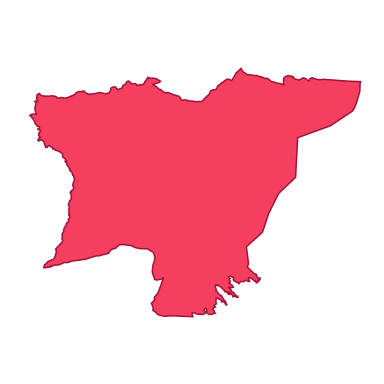 outline of Kwahu Afram Plains South, Eastern, Ghana, rotated 272°
{"feature_id": "2480657B87039075961323", "entity_name": "Kwahu Afram Plains South", "entity_type": "district", "adm_level": 2, "iso_a3": "GHA", "parent_name": "Ghana", "parent_adm1": "Eastern", "projection": "equal_earth", "projection_center": [-0.455, 6.878], "detail": "fine", "context": "isolated", "style": "filled", "palette": "rose", "viewbox_px": 384, "rotation_deg": 272, "n_neighbors": 0, "source": "geoboundaries", "source_scale": "gbopen_adm2", "svg_char_len": 5894}
<svg xmlns="http://www.w3.org/2000/svg" viewBox="0 0 384 384"><g transform="rotate(272 192 192)"><path d="M256.0,32.5L254.2,33.3L253.6,34.2L252.4,34.9L252.2,36.6L251.7,37.4L250.5,37.4L249.9,36.4L250.0,35.9L249.1,35.9L248.2,38.7L247.3,38.5L245.5,36.7L244.5,37.2L243.7,36.7L242.9,36.8L241.3,38.4L239.8,36.6L238.3,36.2L237.6,37.1L238.9,39.0L238.0,41.4L235.2,43.0L233.8,43.0L233.0,44.3L231.6,44.0L231.3,44.3L231.6,46.0L232.9,46.5L233.5,47.3L231.7,50.6L230.1,51.3L230.3,52.9L229.1,53.7L228.4,56.6L227.5,58.6L225.7,61.1L225.3,61.4L223.3,61.3L222.2,61.7L220.7,64.2L218.9,64.3L218.8,65.5L218.3,65.5L217.6,64.4L216.4,66.0L214.6,65.9L213.1,67.5L210.6,68.9L210.6,69.4L209.5,69.2L208.4,69.8L207.8,71.3L204.6,72.2L204.1,72.9L201.6,73.9L198.6,73.9L197.1,73.0L194.3,72.6L193.1,73.5L189.7,73.1L189.2,71.4L188.1,71.2L187.6,70.3L186.5,70.4L186.1,71.2L185.4,71.5L184.3,71.2L182.0,71.8L180.1,71.3L179.2,70.1L174.8,68.8L173.2,70.0L170.6,69.4L169.7,70.1L168.5,70.0L167.8,69.4L167.6,69.8L165.9,70.1L165.3,69.6L164.7,70.3L164.4,69.8L163.5,70.6L162.6,70.5L161.3,70.2L160.5,69.2L159.2,69.9L158.0,69.5L156.6,67.7L154.6,67.4L151.8,65.6L147.5,64.8L145.4,63.6L142.3,64.0L140.6,63.6L139.7,64.3L138.3,64.3L137.1,63.7L130.4,57.9L129.8,57.6L129.0,58.4L126.9,58.4L122.6,57.3L120.7,56.4L119.6,55.5L118.6,52.5L117.1,50.0L115.8,49.5L114.2,47.2L111.3,46.4L111.0,47.8L111.7,49.9L112.2,53.2L113.3,53.8L112.8,54.4L114.2,56.7L114.4,61.5L117.0,66.6L117.2,70.7L118.0,72.0L118.8,74.5L120.1,83.0L120.8,85.1L120.8,87.4L123.9,95.4L124.9,99.1L125.0,102.1L125.6,103.0L127.5,110.0L128.4,111.3L129.7,111.8L131.5,113.3L132.6,115.9L132.9,117.5L136.2,120.7L137.0,122.7L136.8,124.4L137.3,125.7L136.7,127.2L136.7,129.9L136.3,131.5L136.4,132.9L134.4,137.3L133.6,142.4L133.7,149.6L131.9,152.3L130.8,154.8L129.5,156.0L123.9,157.4L118.0,155.6L110.7,155.0L103.2,157.8L102.8,160.5L103.4,162.1L103.7,163.9L104.5,165.5L105.2,165.7L105.1,166.5L90.1,161.6L85.5,158.1L84.4,158.0L83.5,158.5L82.4,158.1L79.4,155.3L75.2,157.2L72.4,157.0L71.0,159.3L68.2,162.3L66.8,168.6L67.6,176.2L67.4,197.3L70.6,196.1L71.3,197.1L71.0,199.3L70.0,201.7L70.1,207.4L71.1,209.4L72.4,209.8L74.1,208.1L75.8,208.6L76.3,209.7L76.0,210.4L75.2,210.7L73.3,210.8L71.1,211.7L70.3,213.1L70.3,215.1L70.5,216.3L71.5,218.1L71.7,219.5L72.4,218.8L74.1,218.3L75.8,216.9L76.8,217.2L77.9,219.4L79.6,218.0L81.0,220.2L84.2,219.6L86.8,220.0L86.7,221.5L84.8,225.0L84.0,225.7L83.2,225.6L83.5,226.5L83.0,228.2L81.2,229.5L80.6,229.5L80.3,230.6L80.6,230.7L82.4,229.6L83.1,229.7L86.5,226.7L89.1,225.4L91.2,221.9L92.8,221.2L93.9,219.3L94.9,219.8L97.5,218.7L98.4,218.7L99.3,219.3L99.8,218.9L100.4,219.2L100.4,219.6L99.5,220.6L98.9,223.0L94.8,227.7L93.8,228.0L93.7,229.2L93.0,229.6L93.1,230.7L92.7,231.4L91.7,231.4L91.2,231.9L91.0,233.2L93.1,232.9L90.4,235.9L88.6,236.8L89.4,237.9L89.2,238.9L88.4,240.2L88.4,241.3L88.9,240.8L89.4,241.2L89.6,240.1L90.5,238.4L91.1,238.6L92.9,237.2L93.9,235.1L95.2,234.7L98.0,231.9L98.3,232.0L98.4,232.8L97.6,233.8L98.2,236.6L100.3,235.3L102.3,232.0L102.7,232.0L103.6,233.5L105.8,232.2L106.8,233.1L108.3,231.6L109.0,232.6L109.3,233.8L108.3,235.2L108.3,236.3L107.5,236.6L106.0,236.3L105.0,236.8L103.5,239.4L102.8,241.3L102.0,242.1L104.1,243.6L104.3,244.4L104.1,246.8L105.5,248.2L105.5,249.4L104.5,251.6L104.7,252.7L107.8,251.3L108.3,251.5L107.9,254.2L105.0,257.9L105.6,258.3L105.3,259.0L105.6,259.1L103.6,259.3L103.4,259.7L104.0,260.9L106.1,261.3L105.6,262.0L105.7,262.4L107.0,262.1L107.7,263.4L108.3,263.3L108.3,261.5L108.8,260.7L110.8,259.1L111.7,259.5L112.9,256.6L119.0,249.9L122.1,251.0L139.2,248.3L154.3,263.9L173.1,269.3L193.6,278.7L210.3,295.0L250.0,295.7L263.0,328.0L278.3,349.3L280.8,351.1L286.7,353.2L298.3,356.2L305.9,356.2L308.2,356.7L308.2,345.2L309.2,319.8L308.7,316.8L308.7,313.9L309.8,309.4L310.4,308.6L310.3,307.7L309.6,306.4L309.0,305.7L307.5,305.2L307.4,303.6L308.8,302.7L309.9,299.7L309.9,298.6L308.9,297.7L308.7,296.7L307.6,295.5L308.5,291.2L309.6,289.1L310.3,289.5L311.3,287.3L311.6,284.0L310.9,281.7L309.0,279.7L305.9,279.5L302.3,280.1L303.5,276.5L303.7,272.7L304.3,271.8L305.3,267.4L308.0,263.8L308.2,262.9L307.9,261.6L309.6,257.0L310.1,253.8L310.8,252.6L310.5,250.8L311.0,247.8L311.2,243.5L314.1,238.5L317.2,236.7L312.4,231.8L309.6,230.6L305.3,228.0L304.7,227.3L305.9,225.4L306.0,223.1L301.9,217.5L300.2,215.9L299.0,213.9L297.4,213.6L295.6,212.5L294.8,210.8L295.1,209.7L293.7,207.0L289.8,205.5L287.6,202.7L286.2,202.2L285.8,201.2L285.0,200.4L284.0,200.2L283.7,199.4L283.0,198.9L282.7,197.8L282.6,195.8L282.8,195.3L282.3,193.4L282.8,190.2L282.6,188.9L282.9,187.9L282.8,186.1L283.3,185.2L283.0,184.9L283.6,184.0L283.8,182.7L283.7,180.4L283.2,179.0L284.0,177.6L285.6,177.4L287.5,175.0L287.7,173.1L288.3,171.7L288.1,171.2L288.7,169.7L289.4,168.7L289.5,167.2L290.2,166.2L290.5,164.8L290.3,162.7L290.9,159.8L292.4,158.2L293.1,157.3L294.0,154.8L295.7,153.3L297.2,150.6L298.3,149.4L300.3,155.3L301.6,156.7L304.1,152.0L304.4,148.5L304.1,147.0L305.1,144.1L304.3,144.1L303.3,142.7L302.1,142.3L300.3,140.7L299.2,140.8L297.7,138.9L296.7,133.2L297.8,132.6L298.3,131.2L298.0,127.6L299.9,126.2L300.7,124.5L299.7,122.9L297.3,121.6L296.4,120.2L296.4,119.4L293.5,118.5L292.0,114.8L291.6,114.4L294.3,111.8L294.2,109.3L293.4,107.8L292.1,107.0L289.7,106.8L288.3,105.6L287.3,102.9L287.3,100.3L287.8,99.1L288.1,95.8L286.6,90.0L286.8,88.9L286.2,87.7L286.4,86.3L285.8,85.1L286.9,83.7L287.6,82.0L289.0,80.8L289.2,79.8L288.7,78.7L288.4,78.7L288.5,75.3L287.7,74.1L287.3,72.7L286.0,72.2L284.5,69.8L282.2,64.7L281.3,61.5L281.9,58.9L281.9,57.7L281.2,55.9L281.3,54.1L281.9,53.9L282.8,52.2L283.0,50.2L283.4,49.6L282.9,46.7L282.7,44.2L282.9,43.3L282.4,42.6L282.9,41.5L282.6,39.9L284.1,36.4L285.1,36.3L284.9,35.5L283.7,33.7L283.0,33.6L281.1,33.7L279.6,33.3L278.1,34.7L277.4,34.7L277.2,33.6L277.4,32.3L277.0,31.7L276.0,33.1L269.9,32.0L266.6,32.8L264.5,33.8L264.3,30.1L263.7,28.7L263.8,28.2L262.5,27.3L262.0,28.5L256.8,32.5L256.0,32.5Z" fill="#f43f5e" stroke="#9f1239" stroke-width="1.5"/></g></svg>